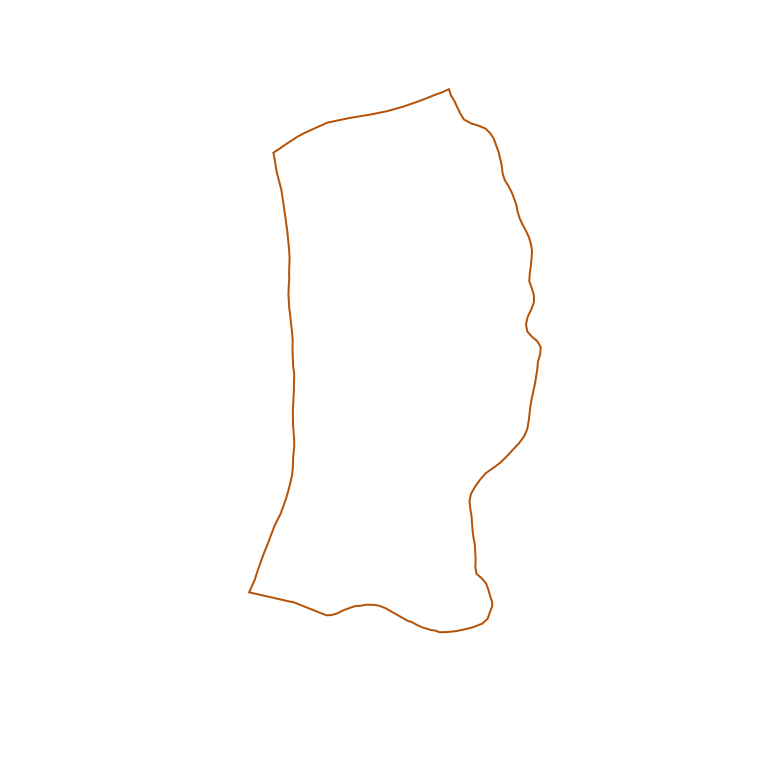 the district of Yab'uth, Hadramawt, Yemen, rotated 236°
{"feature_id": "15242507B24297046109512", "entity_name": "Yab'uth", "entity_type": "district", "adm_level": 2, "iso_a3": "YEM", "parent_name": "Yemen", "parent_adm1": "Hadramawt", "projection": "equal_earth", "projection_center": [47.741, 14.778], "detail": "fine", "context": "isolated", "style": "outline", "palette": "amber", "viewbox_px": 768, "rotation_deg": 236, "n_neighbors": 0, "source": "geoboundaries", "source_scale": "gbopen_adm2", "svg_char_len": 3466}
<svg xmlns="http://www.w3.org/2000/svg" viewBox="0 0 768 768"><g transform="rotate(236 384 384)"><path d="M286.7,155.7L255.8,184.7L254.1,186.7L229.4,203.5L224.3,207.1L221.7,211.5L220.0,216.9L219.1,224.0L217.1,231.9L215.8,236.4L213.8,239.5L210.5,246.6L206.2,252.5L202.9,256.0L197.4,259.8L174.3,271.3L171.8,273.3L171.0,274.0L166.8,276.0L160.4,279.9L156.3,283.4L153.4,285.7L150.8,288.7L147.1,291.3L143.3,297.2L140.3,302.8L138.7,305.8L137.2,309.6L135.0,314.9L132.6,321.7L130.4,331.4L131.5,338.7L136.1,344.9L139.4,349.6L143.5,352.0L148.5,353.3L150.2,353.9L155.1,355.5L159.1,356.5L161.6,357.1L165.5,356.7L168.4,356.4L174.5,354.6L174.9,354.5L179.5,356.6L181.2,357.4L181.5,357.6L187.4,361.9L193.9,365.8L195.2,366.6L199.9,369.4L205.7,371.9L206.2,372.1L212.8,375.4L219.3,379.1L224.0,381.8L226.1,383.0L228.2,383.9L232.3,385.8L239.0,389.3L240.0,390.3L244.3,394.7L247.9,401.9L251.0,410.2L253.2,418.7L253.3,424.1L253.3,427.4L253.8,436.9L254.2,439.1L255.4,445.5L255.9,447.6L257.4,453.9L258.7,459.7L259.4,462.7L261.4,468.5L262.1,470.6L266.6,477.7L272.2,483.0L272.8,483.6L277.7,487.8L281.5,491.0L283.4,492.6L288.8,497.8L293.9,503.2L294.1,503.4L294.5,503.8L299.4,508.9L302.9,512.2L304.9,514.1L310.6,519.4L316.3,524.0L320.7,529.4L321.3,530.1L327.0,534.6L334.1,535.0L340.7,533.0L346.5,532.3L347.5,532.2L347.7,532.3L354.1,535.1L359.3,540.7L362.3,545.6L363.4,547.6L367.9,554.0L373.7,557.9L379.9,559.8L381.2,560.2L388.0,561.9L389.5,563.1L393.7,566.3L397.2,569.4L399.4,571.4L405.3,576.3L411.3,581.0L417.7,584.0L424.4,586.2L430.9,587.2L438.6,588.0L445.5,589.1L452.3,591.2L455.0,592.3L458.9,594.0L462.0,594.8L465.4,595.7L469.0,596.5L472.0,597.1L478.6,597.9L482.3,598.0L485.8,598.2L487.9,598.8L492.5,600.2L499.2,603.7L504.8,605.9L505.8,606.3L506.9,606.7L512.2,608.8L519.0,610.4L522.8,611.4L525.8,612.1L532.3,612.3L539.0,611.0L545.0,607.0L545.4,606.7L546.3,606.0L551.2,602.0L558.8,598.1L559.9,598.2L565.7,598.5L569.1,599.0L572.5,599.5L579.3,600.6L584.1,600.8L586.0,600.9L588.2,601.6L592.1,602.7L593.5,594.5L595.4,587.2L596.7,580.9L597.2,578.7L597.5,577.4L599.0,571.1L600.7,564.2L603.1,555.6L603.7,553.5L605.7,547.4L607.7,541.4L608.8,538.2L612.2,530.1L614.8,523.8L618.0,516.9L619.0,514.7L620.8,510.8L623.8,504.2L626.8,496.9L629.8,489.5L632.4,483.1L633.5,476.2L633.7,475.5L635.1,467.3L636.1,461.2L636.6,458.4L637.4,450.7L637.5,443.3L637.6,439.3L637.6,436.2L637.5,429.0L637.6,421.6L634.2,420.2L633.1,419.7L626.7,416.8L623.5,415.3L619.7,413.6L614.4,411.7L608.4,409.6L603.9,408.0L602.1,407.4L595.5,404.2L593.7,403.4L589.3,401.3L582.9,398.1L576.1,394.9L574.5,394.1L571.1,392.3L569.7,391.7L565.6,389.7L560.0,386.7L554.3,383.6L548.9,380.7L541.3,376.2L535.1,371.7L533.0,370.2L529.7,367.8L527.2,366.2L523.7,363.9L519.0,360.2L512.2,355.2L510.7,354.3L505.2,351.0L500.6,348.3L499.4,347.6L498.1,347.0L493.0,344.4L486.0,340.7L480.7,338.0L478.8,337.0L471.4,332.8L464.0,327.6L456.5,322.9L451.8,320.0L450.1,318.9L443.1,315.5L435.9,310.5L433.4,308.7L428.5,305.3L420.8,299.5L417.7,297.2L412.8,293.5L409.7,291.4L406.2,289.1L400.4,285.4L399.1,284.7L393.4,281.4L388.1,278.5L382.6,274.7L382.1,274.4L376.1,269.4L373.7,267.5L370.7,265.2L369.8,264.6L365.8,261.8L361.5,258.2L359.6,256.6L355.2,251.9L354.4,251.1L349.2,245.2L345.1,240.3L343.8,238.7L338.8,232.0L335.6,227.5L334.3,225.8L332.9,223.3L330.9,219.6L328.1,214.9L327.0,213.1L322.2,206.2L316.8,198.7L311.6,190.9L308.0,185.8L306.4,183.7L301.8,177.5L299.1,173.9L297.9,172.3L295.3,169.0L294.0,167.4L286.7,155.7Z" fill="none" stroke="#b45309" stroke-width="2"/></g></svg>